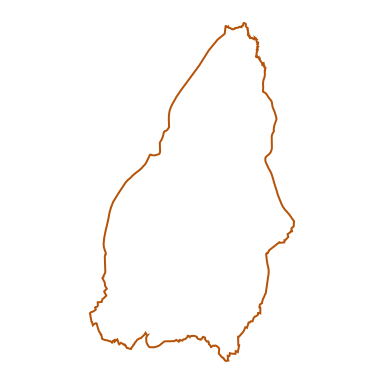 Bueng Samakkhi, Nakhon Sawan, Thailand (Equal Earth projection)
{"feature_id": "78962969B88959964927567", "entity_name": "Bueng Samakkhi", "entity_type": "district", "adm_level": 2, "iso_a3": "THA", "parent_name": "Thailand", "parent_adm1": "Nakhon Sawan", "projection": "equal_earth", "projection_center": [99.97, 16.23], "detail": "fine", "context": "isolated", "style": "outline", "palette": "amber", "viewbox_px": 384, "rotation_deg": 0, "n_neighbors": 0, "source": "geoboundaries", "source_scale": "gbopen_adm2", "svg_char_len": 5921}
<svg xmlns="http://www.w3.org/2000/svg" viewBox="0 0 384 384"><path d="M269.1,250.3L279.4,242.2L279.6,242.3L279.9,242.8L284.3,242.4L284.5,240.1L285.4,240.1L287.7,237.5L288.2,237.2L288.2,236.3L287.7,234.9L287.6,234.1L289.5,232.9L290.3,232.2L290.7,231.4L291.8,231.5L292.1,231.3L292.0,230.8L291.5,230.1L291.6,229.1L291.4,228.4L292.8,227.0L293.1,227.0L293.7,226.3L293.8,225.9L293.8,223.6L294.1,221.4L289.6,215.0L286.7,211.5L284.8,209.5L282.8,206.6L281.4,203.7L279.4,198.8L277.6,194.1L276.5,190.1L274.3,183.4L273.1,179.0L271.6,174.1L270.3,171.3L268.8,168.7L266.0,162.8L265.4,161.0L265.3,159.9L265.5,157.5L267.0,155.9L269.0,154.3L270.5,152.5L271.5,150.1L271.8,148.8L271.9,147.4L271.7,137.1L271.9,135.4L272.4,133.9L273.9,131.2L273.7,129.7L274.0,127.1L274.6,124.6L276.4,119.6L276.4,118.0L275.9,116.0L274.6,111.9L272.6,107.1L272.0,103.3L271.7,101.7L271.2,100.7L270.5,99.9L268.7,97.5L266.5,94.2L265.4,93.0L263.0,91.6L263.2,86.4L263.0,84.6L263.1,82.5L263.5,79.9L264.3,77.9L264.7,76.0L264.9,74.5L264.8,73.3L264.8,70.3L265.1,70.3L265.4,67.9L264.8,67.8L264.7,67.3L264.3,67.1L264.1,66.8L264.5,66.1L263.7,65.1L263.9,64.2L263.6,63.0L263.2,63.1L263.3,63.9L263.1,64.3L262.9,65.2L262.6,65.3L262.3,65.1L262.2,64.8L262.4,64.3L262.0,63.0L259.5,59.6L259.4,59.3L259.9,58.9L259.7,58.2L258.7,58.2L258.5,57.9L258.7,57.3L258.7,57.1L258.2,57.3L257.7,57.1L256.6,57.2L256.5,56.9L257.0,56.6L256.9,56.2L256.3,56.7L256.0,56.6L256.3,55.1L256.7,54.5L256.5,53.8L256.7,52.5L257.0,51.9L256.9,51.5L257.3,51.0L257.0,50.3L257.5,50.2L257.9,49.4L257.7,49.2L257.1,49.8L256.8,49.7L257.2,48.9L257.1,48.2L257.5,47.8L257.2,47.0L257.4,46.9L257.9,47.0L258.1,46.8L257.6,46.5L257.8,46.1L257.7,45.3L257.3,44.6L257.9,44.2L258.0,43.5L257.7,43.3L257.5,43.0L258.0,42.4L257.6,42.2L257.2,42.7L256.9,42.6L256.7,41.2L256.4,40.7L256.4,40.3L256.8,39.7L256.2,39.5L256.0,39.0L256.0,38.4L255.3,37.9L255.5,38.4L255.2,38.8L254.7,38.9L254.4,38.5L254.2,39.3L253.5,39.1L253.4,38.5L252.9,38.5L252.3,38.0L250.0,38.1L249.8,37.7L250.1,36.9L249.9,36.6L249.4,36.5L249.4,35.7L248.9,35.8L248.9,35.3L248.1,35.1L247.8,34.8L248.0,33.8L248.5,33.4L248.4,32.9L248.0,32.4L247.9,31.1L248.1,30.4L247.6,29.9L247.4,29.5L247.5,28.8L247.8,28.5L247.8,28.2L246.7,27.4L245.8,26.0L245.7,25.5L245.9,24.4L245.8,24.0L245.5,23.7L244.2,23.0L243.7,23.1L243.4,23.4L243.0,25.5L242.7,25.7L241.7,26.0L241.7,26.8L241.6,27.1L241.0,26.9L240.3,27.1L239.3,26.8L238.2,27.6L237.5,27.6L236.6,28.0L235.2,28.0L234.9,28.2L234.8,28.7L233.5,29.3L232.5,29.1L232.2,29.3L230.0,27.9L228.9,27.9L228.5,27.5L228.1,26.4L227.1,27.1L225.8,26.0L225.6,26.1L224.7,33.8L217.8,39.4L208.9,50.2L199.0,65.8L182.0,88.8L176.5,96.7L172.2,104.4L170.8,107.4L169.8,110.1L169.3,112.5L168.9,116.0L168.8,119.8L169.1,127.2L167.4,129.7L166.0,130.8L165.2,131.0L164.6,131.4L163.9,132.2L163.7,132.8L163.1,135.8L162.4,137.7L161.5,139.8L160.0,142.3L159.8,143.1L160.1,151.6L159.6,153.5L159.3,153.9L158.5,154.3L155.8,155.0L154.9,155.4L152.0,155.2L150.8,154.7L150.2,154.7L149.8,155.1L146.9,161.2L145.7,163.5L144.7,164.8L142.8,166.7L142.2,167.6L139.0,170.5L135.5,173.1L132.4,175.8L130.4,177.9L128.1,179.8L125.8,182.2L118.5,193.2L113.2,201.8L111.2,206.9L109.7,211.8L108.1,220.3L105.5,231.3L104.2,238.0L103.6,243.8L103.8,246.7L104.4,249.0L105.8,253.0L105.8,254.4L105.6,254.7L105.2,254.7L104.8,256.8L105.3,271.9L105.0,273.2L103.4,276.1L103.6,276.8L102.4,278.1L104.7,282.4L104.8,283.1L105.0,285.6L106.8,288.8L104.2,291.3L104.2,291.7L106.3,295.6L103.6,298.3L102.4,299.2L101.6,302.0L97.7,302.3L97.9,305.4L97.7,305.9L97.2,306.6L95.9,307.0L95.1,307.5L95.8,309.2L95.8,309.5L94.8,310.4L93.6,311.3L91.0,312.2L89.9,313.3L89.9,313.6L90.4,315.2L90.4,315.6L91.5,321.6L91.9,321.8L92.9,325.3L94.3,323.9L96.0,323.2L96.4,323.3L96.8,324.0L97.9,328.1L99.0,331.4L100.3,333.1L100.7,334.6L101.3,334.7L102.2,338.9L104.9,340.0L107.4,340.4L109.2,341.1L110.2,341.1L110.7,341.4L112.0,342.6L113.2,340.7L114.6,340.0L114.7,341.6L117.2,339.4L118.0,341.1L118.6,343.3L119.2,344.3L120.9,342.9L121.0,343.0L122.1,343.4L124.6,345.2L124.8,344.7L125.4,345.2L126.8,347.9L131.0,349.0L131.5,347.7L132.6,346.4L133.4,345.1L133.5,344.6L134.2,344.2L135.0,342.5L136.2,341.3L136.9,340.1L139.1,338.6L140.2,338.2L141.0,338.1L142.5,336.5L143.8,335.4L145.6,332.8L147.0,335.5L147.5,335.3L146.6,336.6L146.1,338.2L146.5,342.4L147.3,344.2L149.0,346.8L149.5,347.1L149.9,347.2L153.9,347.3L156.7,346.6L158.5,345.9L159.7,345.2L164.0,341.7L165.1,341.3L173.2,341.2L174.6,341.0L176.2,339.9L178.6,341.6L178.9,340.6L179.8,340.7L180.0,340.0L182.5,340.6L183.4,339.4L184.1,339.4L185.2,339.1L187.6,336.9L187.7,335.8L188.3,335.8L189.3,336.2L189.8,336.9L190.0,336.4L190.6,336.4L191.4,336.0L192.2,336.0L192.9,335.8L194.7,336.0L196.8,336.8L197.2,338.1L197.5,338.5L200.1,339.6L200.9,339.6L201.3,338.8L202.2,338.5L202.8,337.0L203.2,336.8L203.5,336.8L205.1,337.8L205.1,339.2L205.3,339.8L206.9,341.6L207.3,341.7L208.0,341.3L208.3,341.4L208.8,342.5L208.9,344.2L210.0,345.1L211.0,347.1L211.3,347.1L212.3,346.1L212.9,345.7L213.5,345.6L214.8,345.9L215.6,345.5L217.0,346.3L218.8,347.9L219.0,348.4L219.2,349.2L218.8,352.9L219.1,354.1L220.4,355.2L220.6,355.9L221.4,356.7L222.8,357.9L223.3,357.8L223.5,358.0L224.5,359.8L225.5,360.8L225.9,361.0L226.7,360.7L228.3,360.6L227.9,359.0L227.7,355.8L229.4,356.1L229.9,353.2L231.4,353.6L233.1,353.8L235.5,353.8L235.7,351.1L236.7,351.4L237.8,352.1L239.2,345.1L238.8,344.9L238.3,345.0L238.1,336.7L239.1,336.6L241.2,334.1L242.9,332.3L243.9,330.7L245.4,327.2L247.0,327.8L248.6,322.5L249.6,322.6L250.6,321.4L251.7,321.4L252.2,321.1L252.6,321.2L253.1,319.3L253.5,318.8L253.8,317.7L254.8,316.7L256.8,315.7L258.0,314.6L258.1,313.0L258.6,312.9L260.3,313.3L260.3,307.6L259.4,307.4L259.8,304.9L260.0,304.4L262.0,303.2L262.1,302.1L262.8,299.4L264.2,296.6L264.9,294.7L265.8,293.0L268.6,273.6L268.7,271.1L268.5,268.6L267.4,263.9L266.7,259.4L266.5,257.0L266.3,256.2L266.4,255.6L266.1,254.6L266.3,253.7L266.6,253.2L266.8,253.1L267.3,253.4L267.8,253.2L268.3,251.8L268.9,251.2L269.1,250.3Z" fill="none" stroke="#b45309" stroke-width="2"/></svg>